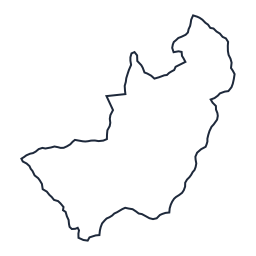 Ibaté, São Paulo, Brazil
{"feature_id": "56859067B71319028154553", "entity_name": "Ibaté", "entity_type": "district", "adm_level": 2, "iso_a3": "BRA", "parent_name": "Brazil", "parent_adm1": "São Paulo", "projection": "albers", "projection_center": [-48.03, -21.94], "detail": "fine", "context": "isolated", "style": "outline", "palette": "slate", "viewbox_px": 256, "rotation_deg": 0, "n_neighbors": 0, "source": "geoboundaries", "source_scale": "gbopen_adm2", "svg_char_len": 2471}
<svg xmlns="http://www.w3.org/2000/svg" viewBox="0 0 256 256"><path d="M21.4,158.7L22.8,161.5L26.6,163.5L29.5,166.1L30.7,168.8L32.5,171.0L34.6,175.4L38.2,178.2L39.8,180.4L41.9,183.9L42.7,189.2L46.8,191.6L49.4,194.9L51.7,197.0L54.0,199.9L58.1,201.1L60.5,203.4L63.5,207.0L63.0,210.2L65.6,211.9L66.9,216.3L68.6,220.0L69.0,224.1L69.6,226.9L71.8,229.0L75.3,228.8L77.7,227.8L79.0,230.4L78.4,233.6L78.5,237.8L83.4,240.0L87.7,240.6L89.5,237.4L91.9,236.6L95.7,235.4L99.4,235.1L99.9,230.5L100.7,227.1L102.1,223.4L104.7,220.4L106.6,218.5L109.5,217.2L112.1,215.6L114.3,213.5L117.1,212.2L122.3,209.1L125.2,207.8L128.4,208.5L132.6,209.2L136.1,211.5L138.7,213.5L141.9,214.1L145.8,216.2L149.4,218.2L153.0,219.1L156.7,218.3L159.9,215.0L162.4,213.9L165.5,212.9L169.3,212.5L169.7,208.3L170.8,204.6L172.2,201.6L174.1,198.7L176.0,197.0L179.2,195.0L182.1,192.8L183.8,190.2L185.1,186.6L185.2,182.7L187.0,179.6L189.5,177.1L191.2,174.8L192.6,172.2L194.5,170.0L195.6,167.1L196.3,163.5L195.6,159.6L195.4,156.7L197.1,152.7L201.1,149.2L205.6,146.8L206.6,144.3L207.4,141.6L207.4,138.6L208.3,134.8L209.5,131.0L211.5,126.8L213.7,124.4L217.1,119.6L217.8,115.9L217.4,113.1L216.0,109.6L215.9,106.0L212.6,102.7L210.7,99.5L214.5,98.1L217.8,95.7L219.9,93.4L222.3,92.5L224.8,91.6L228.4,91.1L231.5,87.2L232.8,83.7L233.8,79.2L234.6,74.1L232.8,70.7L231.0,68.0L231.6,62.7L230.5,58.7L228.6,54.9L227.9,51.0L227.8,45.8L228.1,41.9L225.9,38.4L222.6,36.9L219.9,33.6L216.5,31.5L213.5,28.5L210.3,27.9L208.0,24.6L205.4,22.8L202.4,19.7L199.6,17.8L197.2,16.7L193.1,15.4L191.2,19.7L190.7,23.1L190.1,26.0L188.6,29.2L187.9,32.5L185.6,34.8L181.4,36.8L178.3,38.0L176.2,40.0L173.8,42.0L172.8,44.6L172.2,47.9L173.6,52.2L178.5,51.3L181.6,51.9L182.0,55.9L183.5,58.3L185.4,61.9L175.6,66.8L174.2,70.0L171.4,71.5L169.1,72.9L166.9,75.0L164.3,75.3L158.9,77.3L154.4,78.6L151.2,75.7L147.2,73.5L144.5,72.5L142.7,67.7L141.3,65.2L139.2,63.0L137.3,61.0L137.1,55.4L134.5,52.1L131.5,53.4L130.4,57.3L130.4,60.7L131.1,64.9L128.9,70.0L127.8,73.3L126.3,78.1L125.8,81.9L124.7,85.9L125.0,90.6L125.4,94.1L106.5,96.1L113.0,110.1L110.4,115.1L109.8,118.8L110.3,122.8L109.7,126.1L107.4,130.3L107.0,134.7L106.9,139.1L103.3,140.6L98.6,141.1L94.8,140.5L91.1,140.6L88.1,141.2L85.4,141.5L82.8,141.3L74.9,139.9L72.6,141.8L70.3,144.3L67.0,146.3L63.7,147.8L60.6,147.9L58.0,147.2L54.5,146.5L50.9,147.5L48.1,148.0L45.4,148.5L42.4,147.9L38.7,149.1L35.7,151.6L33.0,153.1L30.1,153.7L26.4,155.3L24.1,157.0L21.4,158.7Z" fill="none" stroke="#1e293b" stroke-width="2"/></svg>